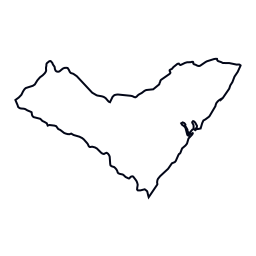 the State of Alagoas
{"feature_id": "BRA-623", "entity_name": "Alagoas", "entity_type": "State", "adm_level": 1, "iso_a3": "BRA", "parent_name": "Brazil", "parent_adm1": "", "projection": "robinson", "projection_center": [-36.639, -9.667], "detail": "fine", "context": "isolated", "style": "outline", "palette": "ink", "viewbox_px": 256, "rotation_deg": 0, "n_neighbors": 0, "source": "natural_earth", "source_scale": "10m", "svg_char_len": 3569}
<svg xmlns="http://www.w3.org/2000/svg" viewBox="0 0 256 256"><path d="M240.6,65.5L237.7,71.9L234.5,76.6L232.4,82.1L230.3,85.4L229.2,88.7L222.8,98.0L221.2,99.5L221.2,98.9L219.5,99.9L217.7,101.4L216.3,103.2L215.7,104.9L215.4,106.2L209.6,116.0L208.9,116.8L205.4,119.4L203.4,120.5L202.2,123.1L200.6,128.5L199.7,128.6L198.9,128.9L197.2,129.0L196.5,129.3L195.9,129.6L194.6,130.7L195.7,128.7L196.8,127.4L197.0,125.9L195.6,123.3L195.0,122.4L194.1,121.5L193.1,121.1L192.2,122.2L192.3,122.8L193.4,124.8L193.6,125.9L193.6,128.1L193.4,129.0L192.9,129.4L192.4,129.6L189.2,133.3L188.8,133.6L188.1,132.2L187.4,130.5L187.4,129.6L185.1,125.6L185.4,124.5L184.3,123.1L182.7,122.4L181.2,123.3L182.0,124.7L184.1,126.2L185.1,127.3L185.6,128.3L187.3,134.8L187.7,135.3L188.6,135.7L188.9,135.3L188.9,134.6L189.2,134.1L191.6,133.7L192.6,133.3L193.1,132.4L192.3,134.4L188.5,138.5L187.0,143.6L185.5,145.5L182.1,148.4L180.4,152.8L179.9,153.5L179.0,154.0L178.3,155.2L175.8,160.9L174.8,162.1L171.9,163.3L168.1,168.8L160.1,176.2L158.0,178.8L157.4,180.2L157.1,182.2L157.2,183.2L157.3,183.7L157.4,184.1L157.1,184.8L148.7,197.2L148.2,195.5L147.3,191.7L146.9,191.0L145.3,189.7L144.7,189.3L140.4,190.4L137.9,190.4L137.1,189.6L137.2,187.9L137.7,184.8L137.3,183.1L136.7,181.4L135.8,180.0L133.2,176.6L132.2,176.3L130.7,176.8L129.4,178.3L129.0,178.5L128.3,178.3L125.6,177.0L123.6,175.1L122.7,174.5L119.9,173.9L118.4,173.3L117.7,172.5L117.3,171.1L116.4,169.4L115.2,168.0L114.2,167.1L111.5,166.2L110.5,165.4L110.2,164.0L109.7,156.8L109.2,155.4L108.1,153.8L106.7,152.8L105.4,153.2L103.9,154.0L102.4,153.6L101.1,152.7L96.9,148.5L94.9,147.4L92.2,146.7L91.4,146.8L90.6,147.0L89.8,147.0L88.9,146.4L88.5,145.7L87.9,144.3L87.4,143.5L83.8,139.4L82.2,138.1L79.4,136.7L73.6,135.0L71.2,133.6L69.5,134.2L67.7,134.1L65.8,133.6L64.2,133.0L60.3,130.0L58.2,129.0L56.2,126.2L54.4,125.6L49.4,125.0L47.7,125.6L46.8,123.3L44.6,122.0L42.3,120.9L41.2,119.7L40.2,118.8L33.6,117.1L32.7,116.3L32.1,115.2L31.8,113.8L31.6,112.3L31.0,111.9L27.2,110.3L26.1,109.6L25.0,109.0L23.7,108.7L21.1,108.5L20.2,108.3L19.4,108.0L18.7,107.4L18.1,106.9L18.0,106.6L17.9,106.2L17.6,105.2L15.4,100.0L18.8,97.5L21.4,94.8L23.0,91.5L24.2,89.6L25.1,88.6L25.9,88.0L28.7,87.1L32.8,85.8L34.8,84.5L37.4,80.3L40.0,77.3L42.7,75.3L44.7,73.3L45.6,72.0L46.1,70.8L46.1,69.9L46.0,68.6L46.0,67.7L46.4,65.5L46.4,64.6L46.5,63.9L47.0,63.1L49.2,61.3L50.2,61.0L50.8,61.2L52.3,62.9L52.6,63.6L52.8,64.2L53.2,64.9L54.5,66.7L54.7,67.5L54.8,68.4L55.0,69.3L55.3,70.0L55.7,70.8L56.5,71.4L57.4,71.7L58.7,71.7L59.7,71.2L62.7,68.7L63.7,68.2L64.6,67.9L66.3,67.8L67.6,68.0L68.9,69.9L69.7,71.7L70.3,72.5L71.0,73.1L72.8,73.6L73.6,74.0L76.8,76.2L92.2,92.7L96.3,95.1L97.2,95.5L101.8,96.3L103.7,96.9L105.6,98.1L108.1,101.0L108.8,101.7L110.0,102.2L112.6,96.8L114.4,95.1L116.1,94.7L117.8,94.5L130.8,95.8L131.7,96.0L132.5,96.2L134.3,97.1L135.4,97.3L136.2,96.9L137.0,96.3L137.6,95.5L139.2,94.3L141.7,93.0L144.3,91.0L145.5,90.3L146.5,90.0L153.2,89.3L159.2,84.4L159.5,83.3L160.2,81.7L160.5,80.5L161.1,79.8L169.6,73.9L170.1,73.2L170.4,72.8L170.3,72.5L170.2,72.0L169.9,71.4L169.6,70.8L169.7,70.1L170.2,69.7L171.9,68.9L173.4,67.1L177.4,63.9L178.1,63.7L178.8,63.6L179.7,64.7L180.5,65.0L181.5,64.6L185.0,62.9L187.0,62.3L190.5,62.2L192.1,61.8L193.0,61.9L193.3,62.4L193.2,63.0L193.4,63.7L194.1,64.3L195.5,64.7L197.4,65.7L198.8,66.0L199.7,65.9L200.5,65.5L205.6,62.0L206.9,61.3L214.2,59.0L215.9,58.8L217.0,58.9L217.1,59.3L217.2,59.8L217.3,60.3L217.7,60.8L218.4,61.2L220.9,62.0L222.9,63.0L229.4,63.1L236.6,64.6L238.8,64.5L239.5,64.6L240.6,65.4L240.6,65.5Z" fill="none" stroke="#020617" stroke-width="2"/></svg>